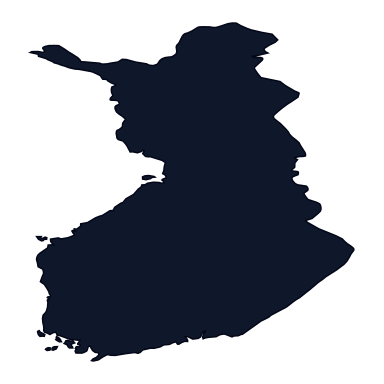 SVG path tracing the border of Finland
{"feature_id": "FIN", "entity_name": "Finland", "entity_type": "country or territory", "adm_level": 0, "iso_a3": "FIN", "parent_name": "Europe", "parent_adm1": "", "projection": "equal_earth", "projection_center": [24.864, 64.94], "detail": "fine", "context": "isolated", "style": "filled", "palette": "ink", "viewbox_px": 384, "rotation_deg": 0, "n_neighbors": 0, "source": "natural_earth", "source_scale": "50m", "svg_char_len": 5814}
<svg xmlns="http://www.w3.org/2000/svg" viewBox="0 0 384 384"><path d="M130.2,152.0L127.1,146.1L125.5,143.8L123.0,141.0L118.4,139.6L117.5,138.8L116.9,137.7L116.7,136.0L116.2,133.6L116.4,131.6L117.0,130.4L119.0,129.6L121.9,127.4L122.5,125.7L122.7,123.3L124.1,121.1L125.5,120.0L125.2,119.1L124.2,117.9L122.1,116.1L118.9,114.0L116.5,111.9L115.5,110.0L115.0,108.3L115.1,106.8L116.0,105.7L119.0,104.4L119.5,103.9L118.3,101.0L116.2,100.4L110.6,100.1L110.2,99.8L110.1,99.2L110.6,98.0L112.7,95.8L112.8,95.1L111.6,92.6L111.3,89.5L111.8,87.1L115.6,85.4L115.8,84.7L111.0,82.8L107.6,80.7L106.6,79.4L102.7,79.2L100.3,75.6L93.4,72.3L91.4,71.6L79.4,69.4L74.6,69.0L69.0,67.7L64.8,66.1L61.2,65.1L58.2,63.9L53.9,62.7L52.7,61.7L48.1,59.8L46.0,58.6L38.5,56.3L38.3,55.4L38.3,54.5L37.9,54.2L30.2,52.5L31.8,51.6L37.9,51.5L42.9,52.4L44.0,52.0L44.7,51.2L42.7,48.2L43.1,47.4L45.3,46.4L48.9,45.6L54.4,45.5L58.1,45.6L58.9,45.7L64.5,49.1L69.2,52.4L71.7,53.8L77.9,57.8L80.2,60.2L81.0,61.8L83.5,61.8L99.8,63.2L101.9,64.1L107.0,63.9L111.0,63.1L118.0,62.0L122.2,59.3L126.3,59.5L135.8,62.1L146.4,63.8L149.3,65.2L153.3,65.6L157.4,64.2L159.9,60.5L162.0,58.8L165.1,57.6L168.6,57.1L171.3,56.9L173.4,56.0L176.2,53.9L176.8,51.4L176.2,46.9L176.7,45.4L179.0,42.9L182.1,36.6L183.5,34.7L185.2,33.6L187.6,33.0L191.9,31.0L197.9,27.3L199.6,26.9L204.0,26.8L209.5,26.9L214.4,27.6L214.9,27.5L217.1,27.2L221.1,26.0L227.9,23.7L232.3,23.0L236.3,23.1L240.8,25.7L247.2,28.5L251.2,29.9L262.3,32.5L272.1,34.2L277.7,39.9L275.2,42.2L273.9,42.9L269.2,45.2L264.3,48.4L264.0,50.1L265.7,51.8L267.9,53.0L256.6,55.7L252.3,56.4L253.5,57.3L260.7,57.5L261.8,57.8L262.6,58.3L262.8,59.1L262.1,60.3L254.6,67.2L254.4,68.7L257.1,72.8L260.9,77.6L280.0,81.5L285.3,85.5L294.2,90.8L298.8,92.8L299.1,93.4L298.0,97.1L292.6,100.8L287.6,104.0L282.4,107.8L278.4,111.1L274.0,115.0L273.5,116.2L273.5,117.5L274.3,118.8L280.4,123.6L285.6,128.8L288.1,131.7L289.6,134.3L292.0,136.9L296.1,140.1L299.1,142.8L300.2,145.0L305.0,152.6L305.6,154.6L305.4,156.0L303.5,156.4L299.2,156.6L294.6,157.6L294.3,157.9L297.5,159.7L294.9,162.8L294.7,167.3L292.0,169.6L291.7,170.2L291.9,170.6L292.4,171.0L297.8,171.6L298.3,172.2L298.4,173.6L297.9,174.8L295.3,175.7L292.4,177.0L291.9,178.3L292.0,179.4L293.1,181.3L295.1,183.5L297.6,184.8L306.3,186.1L307.4,187.2L308.0,188.7L307.9,190.2L304.0,193.1L304.1,194.2L305.9,196.9L308.0,199.5L316.6,202.3L319.6,203.8L320.4,205.1L320.9,207.1L321.0,209.2L320.4,211.1L317.9,213.6L312.0,218.5L305.9,220.4L305.5,220.9L307.5,222.4L318.8,228.8L336.0,235.8L342.4,239.0L344.5,241.3L347.4,243.8L350.6,245.9L352.9,247.7L353.8,248.9L353.8,250.2L351.0,254.0L349.5,256.9L346.8,261.3L344.0,264.3L336.6,269.9L325.7,276.8L323.2,278.9L318.0,282.6L309.3,290.0L307.0,291.7L299.7,297.6L296.4,299.5L293.8,301.3L286.6,306.9L271.0,315.2L268.7,317.2L260.9,321.1L242.4,334.3L241.2,334.4L238.4,335.7L233.9,336.0L232.0,336.9L225.1,334.2L223.9,334.0L219.9,334.7L216.1,336.7L208.9,337.3L205.4,337.9L203.1,338.8L202.6,336.7L203.6,333.9L205.1,332.1L205.2,330.9L204.1,331.1L201.8,333.7L200.6,336.9L198.2,338.4L192.8,339.1L187.6,336.6L185.1,336.6L186.6,338.4L187.7,340.4L187.6,341.5L184.8,341.3L181.7,342.5L178.9,344.2L177.6,344.2L175.8,341.8L172.4,342.9L169.5,344.4L163.7,344.9L160.2,346.9L154.0,348.3L150.6,348.2L142.8,349.9L140.2,352.4L138.0,353.3L134.7,352.5L124.8,353.8L115.3,355.4L111.2,355.3L107.2,354.6L102.9,356.9L98.3,359.9L93.3,361.0L91.5,360.6L92.9,359.0L96.3,357.4L98.6,355.1L98.9,353.3L97.4,352.6L95.2,352.4L92.6,350.5L90.1,346.3L88.7,346.1L88.0,347.2L87.1,350.4L86.3,351.3L83.3,352.7L81.7,353.1L75.9,353.0L75.2,351.4L75.2,350.8L76.3,348.7L75.4,348.3L76.3,346.7L77.6,346.7L79.2,346.5L80.0,345.7L80.0,344.6L77.8,344.4L77.7,343.7L79.7,340.8L80.0,340.0L79.2,339.9L78.0,340.2L69.8,339.3L59.8,335.6L57.3,335.4L55.9,332.2L53.4,332.6L49.9,334.5L47.2,333.1L44.4,332.1L43.7,330.6L43.8,328.4L43.6,325.8L42.9,322.8L42.5,318.5L43.1,315.2L45.4,312.7L46.4,311.2L47.5,307.2L47.9,302.5L47.4,300.9L47.5,299.8L49.3,299.8L49.0,298.9L48.2,298.4L47.3,297.4L48.1,296.8L50.3,296.8L50.7,296.0L49.1,293.3L49.0,292.0L46.8,288.1L44.3,284.4L40.4,281.7L41.9,277.4L43.6,273.4L43.4,271.5L42.8,269.2L38.1,266.7L37.5,263.2L36.5,259.4L37.0,257.0L37.8,255.3L39.5,253.5L47.6,247.9L48.2,245.0L53.6,244.8L51.1,242.2L50.6,240.8L50.5,239.1L58.3,237.9L61.1,238.9L68.0,237.7L74.1,235.4L74.0,234.2L73.1,233.1L71.9,231.0L72.8,230.5L75.0,230.9L74.0,229.9L74.2,228.8L76.6,229.2L80.6,226.2L80.7,223.8L87.5,222.6L95.4,217.9L99.0,216.4L102.5,215.4L109.9,210.7L113.1,210.5L114.7,207.3L121.0,203.1L122.9,202.6L125.9,198.8L133.5,194.5L138.4,189.0L141.1,187.0L141.9,184.9L144.9,184.8L147.6,183.2L153.4,182.2L159.1,182.5L161.5,183.2L163.7,183.0L163.4,181.1L161.9,180.0L163.2,178.9L166.2,178.0L165.8,176.2L165.2,175.1L162.7,173.6L163.9,170.3L164.2,166.7L165.4,162.6L162.2,160.4L150.3,156.7L148.1,156.8L145.5,156.4L142.7,153.6L144.0,151.2L144.1,150.3L143.0,150.3L141.3,151.5L137.5,152.8L132.6,151.8L130.2,152.0ZM67.2,340.4L71.1,341.2L72.8,340.9L74.7,342.9L71.4,344.1L71.2,345.6L72.4,346.6L72.8,348.0L69.6,348.0L68.1,346.8L67.5,345.3L66.0,344.3L64.1,343.5L65.1,342.5L65.7,340.9L67.2,340.4ZM150.6,178.6L146.1,179.7L142.6,179.1L142.5,176.9L144.7,175.9L148.7,175.5L154.2,176.5L155.0,177.1L151.9,177.5L150.6,178.6ZM40.6,237.8L40.9,238.5L42.7,238.3L45.2,237.1L46.8,237.7L46.6,239.3L45.4,239.3L45.1,239.0L43.6,240.0L43.3,240.5L41.6,240.9L38.5,239.3L36.6,236.6L41.2,236.6L40.8,237.2L40.6,237.8ZM44.8,334.5L44.3,336.3L42.2,336.1L40.0,336.4L38.4,334.7L37.5,331.8L37.9,331.2L39.2,330.6L40.2,332.1L44.8,334.5ZM61.5,341.7L59.3,341.8L56.1,340.0L55.7,339.3L57.0,338.9L56.2,337.4L56.5,336.7L58.9,337.9L60.2,339.3L58.9,339.6L61.1,341.0L61.5,341.7ZM56.3,348.9L53.2,350.2L52.0,349.9L52.3,347.7L54.2,346.7L57.4,346.6L56.3,348.9ZM49.9,350.1L47.1,350.5L45.5,349.4L46.1,348.6L48.1,347.7L50.1,347.8L50.5,348.9L49.9,350.1Z" fill="#0f172a" stroke="#020617" stroke-width="1.5"/></svg>